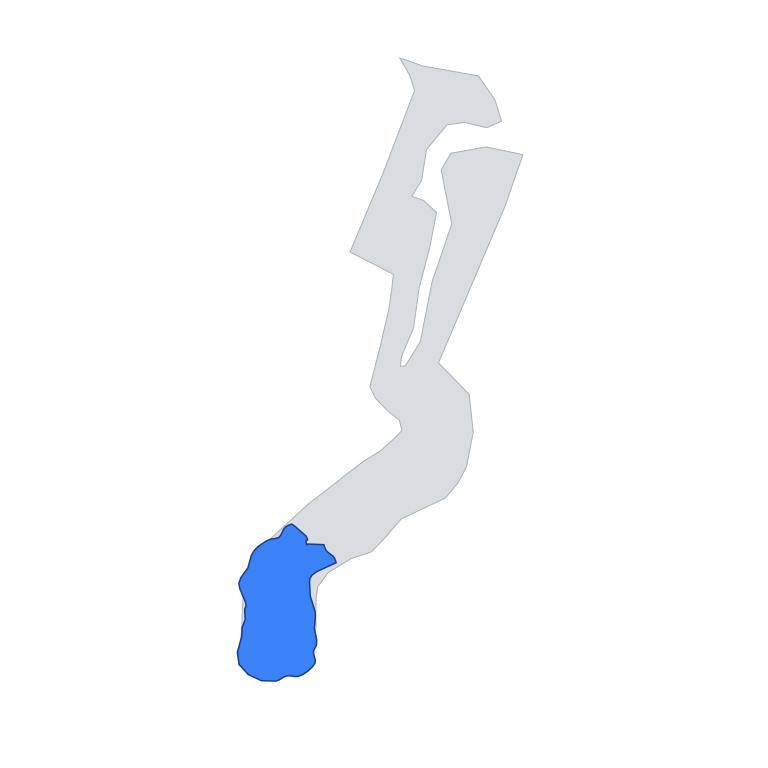 location of Upper River within Gambia, rotated 112°
{"feature_id": "GMB-2152", "entity_name": "Upper River", "entity_type": "Division", "adm_level": 1, "iso_a3": "GMB", "parent_name": "Gambia", "parent_adm1": "", "projection": "equal_earth", "projection_center": [-14.24, 13.404], "detail": "fine", "context": "in_parent", "style": "filled", "palette": "blue", "viewbox_px": 768, "rotation_deg": 112, "n_neighbors": 0, "source": "natural_earth", "source_scale": "10m", "svg_char_len": 1979}
<svg xmlns="http://www.w3.org/2000/svg" viewBox="0 0 768 768"><g transform="rotate(112 384 384)"><path d="M119.3,341.1L173.4,338.4L239.0,339.5L310.4,340.8L344.0,341.4L361.8,301.0L395.4,283.2L429.8,276.5L447.7,278.3L466.6,284.3L502.8,317.6L525.4,325.2L544.4,332.8L558.1,349.0L579.7,365.1L596.8,369.5L607.0,367.0L623.8,360.8L634.9,355.8L671.1,353.7L697.8,372.3L703.3,392.7L698.9,413.5L663.2,424.7L613.6,442.1L572.7,432.6L522.8,408.8L493.7,391.7L481.6,384.9L463.4,374.1L447.5,362.4L432.2,354.8L420.5,350.0L411.9,356.1L407.5,370.5L400.5,386.6L391.6,396.1L349.8,401.7L312.3,407.6L292.2,412.6L278.8,416.4L274.4,464.9L231.9,464.4L190.2,463.8L146.9,464.7L100.4,465.6L88.4,475.5L75.8,491.5L74.6,467.2L63.0,411.8L78.9,387.6L96.3,373.4L107.9,384.8L111.3,407.3L120.2,422.7L150.8,432.4L181.1,425.4L199.6,428.6L199.0,416.1L205.3,399.5L242.1,392.4L281.0,387.6L320.9,377.6L352.1,378.1L361.5,375.3L359.2,371.0L331.2,366.2L271.3,377.7L210.3,381.1L164.0,411.2L145.0,408.4L126.0,378.3L119.3,341.1Z" fill="#d9dde1" stroke="#a8b0b8" stroke-width="1"/><path d="M567.6,361.4L583.1,376.0L588.3,379.2L592.2,379.9L595.9,378.7L608.4,372.8L620.2,363.1L624.3,360.8L636.6,357.1L646.5,350.5L650.8,349.0L653.1,348.9L656.8,349.3L659.1,348.9L661.6,347.4L665.9,344.1L668.8,343.4L673.3,344.5L678.7,347.0L683.8,350.4L687.4,354.2L688.5,356.7L689.9,362.2L691.0,364.6L691.4,365.1L692.9,366.8L697.8,370.5L699.9,372.9L705.0,386.5L704.2,401.2L698.2,413.4L687.6,419.5L671.4,421.3L662.9,424.3L654.3,424.5L645.1,428.8L641.4,428.8L638.2,430.7L627.9,440.9L623.3,443.9L617.1,444.2L605.5,441.3L593.3,442.7L587.5,442.1L582.0,440.0L574.2,434.7L571.9,432.7L569.9,430.3L568.3,427.4L565.9,424.2L563.0,423.1L556.3,422.7L553.2,421.6L550.4,419.4L548.4,417.0L549.3,413.3L554.1,399.5L555.6,397.7L557.1,396.5L558.0,397.0L558.9,397.6L562.0,395.3L560.7,394.2L555.5,379.6L559.3,376.2L560.1,375.0L561.0,373.1L562.1,369.3L562.5,367.1L563.5,365.4L564.4,364.2L567.6,361.4L567.6,361.4Z" fill="#3b82f6" stroke="#1e3a8a" stroke-width="1.5"/></g></svg>